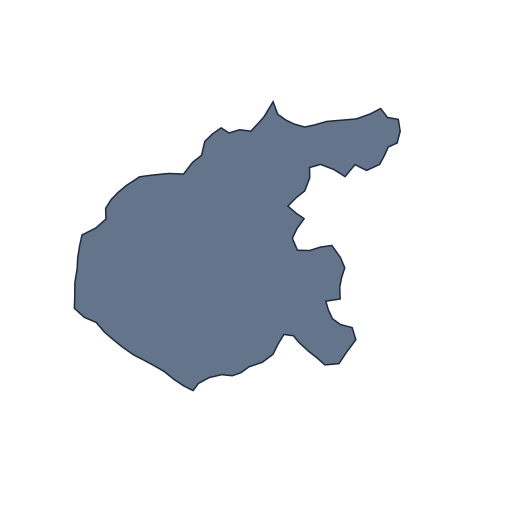 São Joaquim de Bicas, Minas Gerais, Brazil (orthographic projection), rotated 65°
{"feature_id": "56859067B78639021330864", "entity_name": "São Joaquim de Bicas", "entity_type": "district", "adm_level": 2, "iso_a3": "BRA", "parent_name": "Brazil", "parent_adm1": "Minas Gerais", "projection": "orthographic", "projection_center": [-44.248, -20.062], "detail": "fine", "context": "isolated", "style": "filled", "palette": "slate", "viewbox_px": 512, "rotation_deg": 65, "n_neighbors": 0, "source": "geoboundaries", "source_scale": "gbopen_adm2", "svg_char_len": 1409}
<svg xmlns="http://www.w3.org/2000/svg" viewBox="0 0 512 512"><g transform="rotate(65 256 256)"><path d="M175.0,80.7L175.5,92.7L174.1,107.3L169.6,119.6L163.9,135.1L162.0,147.4L159.7,157.4L152.3,165.9L145.2,171.6L136.7,176.4L123.4,175.3L133.1,189.7L136.7,197.9L140.7,207.9L134.6,217.5L133.1,228.4L125.1,233.5L127.0,244.0L130.5,254.0L141.7,262.8L144.3,273.9L151.1,287.0L144.3,300.2L138.5,316.8L135.0,328.1L137.3,343.7L140.2,354.6L143.8,363.7L149.2,372.1L159.1,376.4L162.9,389.3L163.4,404.8L172.7,411.9L182.4,418.4L192.3,423.7L203.4,431.3L215.3,437.0L226.6,442.7L239.0,437.6L248.7,428.9L260.7,425.6L271.4,420.8L282.0,415.6L294.1,408.6L303.3,401.4L311.4,395.4L321.6,388.2L333.9,382.1L343.2,376.4L351.4,369.9L347.2,362.2L346.4,349.8L349.1,337.1L354.5,328.1L355.4,319.1L353.5,309.3L355.0,295.1L352.3,282.2L345.2,273.3L338.9,263.8L344.1,255.8L351.9,253.8L364.2,248.8L373.9,243.9L383.8,239.6L388.6,226.3L381.5,214.7L374.1,200.9L361.6,199.1L353.7,208.5L345.2,213.2L335.3,213.2L326.5,211.8L330.5,197.9L319.7,193.3L311.8,187.6L304.3,180.6L293.1,180.1L278.5,182.8L275.1,193.9L273.7,205.1L268.3,216.0L255.3,215.6L248.4,207.2L242.5,196.6L234.5,201.4L224.3,206.0L220.3,195.4L217.6,184.3L207.9,174.3L198.5,170.1L200.2,158.9L210.5,148.9L221.7,141.7L215.0,127.7L225.2,119.6L225.2,105.2L218.6,96.4L213.1,90.1L213.2,80.3L203.9,72.6L192.3,69.3L186.0,78.3L175.0,80.7Z" fill="#64748b" stroke="#1e293b" stroke-width="1.5"/></g></svg>